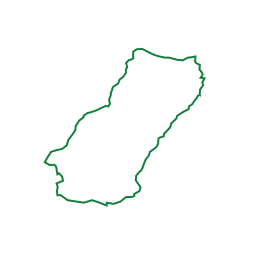 outline of Amargeti, Paphos, Cyprus, rotated 234°
{"feature_id": "46923920B2584944489966", "entity_name": "Amargeti", "entity_type": "district", "adm_level": 2, "iso_a3": "CYP", "parent_name": "Cyprus", "parent_adm1": "Paphos", "projection": "equal_earth", "projection_center": [32.584, 34.817], "detail": "fine", "context": "isolated", "style": "outline", "palette": "green", "viewbox_px": 256, "rotation_deg": 234, "n_neighbors": 0, "source": "geoboundaries", "source_scale": "gbopen_adm2", "svg_char_len": 1675}
<svg xmlns="http://www.w3.org/2000/svg" viewBox="0 0 256 256"><g transform="rotate(234 128 128)"><path d="M69.3,93.1L70.9,94.2L70.5,97.8L70.3,100.3L72.6,103.2L75.0,103.5L77.6,103.4L81.1,103.6L84.5,106.4L85.6,110.2L85.9,113.2L87.2,116.4L88.7,118.3L92.1,123.8L93.5,128.6L95.8,131.8L95.8,136.4L95.8,139.5L97.5,143.1L101.6,146.4L101.6,148.0L100.3,152.1L102.1,153.6L102.6,156.7L103.7,162.4L106.3,165.8L107.2,172.5L108.9,174.9L108.7,180.5L108.4,183.2L107.6,187.9L109.7,190.3L109.5,194.1L110.7,197.0L111.8,200.9L113.0,203.4L112.6,205.4L112.4,205.5L113.7,206.2L116.9,209.2L118.3,213.8L121.2,214.9L123.2,219.1L126.0,216.3L126.5,218.5L128.0,220.2L131.2,220.4L133.3,220.2L136.8,223.2L140.3,221.3L142.3,221.3L145.5,224.0L146.2,224.6L148.0,220.9L149.8,217.5L150.6,212.0L152.2,210.3L154.0,208.1L160.7,202.7L163.4,199.0L168.2,194.8L171.9,192.1L176.8,189.4L183.7,186.0L186.6,181.3L186.6,180.1L186.7,177.2L183.4,174.4L181.3,173.4L181.5,170.6L182.4,168.9L181.7,164.6L177.6,163.1L176.7,160.8L173.9,158.8L172.3,154.5L172.1,149.8L169.8,146.2L170.0,139.9L168.0,137.3L166.7,134.9L164.7,133.4L163.4,131.4L161.7,129.1L158.3,127.7L157.0,124.9L159.0,122.7L159.8,118.8L160.7,113.3L162.4,107.7L164.0,103.7L164.0,100.7L164.0,99.3L162.7,98.1L162.7,92.8L160.2,86.7L157.1,83.9L155.6,79.8L153.5,72.9L149.9,68.0L149.8,62.3L152.2,57.0L153.9,51.6L150.9,44.1L149.2,40.6L144.2,42.8L141.5,46.8L139.3,47.2L135.1,45.2L132.1,43.7L132.0,45.5L127.5,46.2L123.5,44.4L125.2,37.6L121.9,36.7L118.3,33.1L115.0,31.4L113.4,34.0L105.1,36.7L98.9,42.9L93.5,48.5L91.3,54.8L90.8,56.4L85.2,60.5L80.9,63.2L77.9,65.2L80.0,66.9L75.0,71.9L72.9,78.7L73.3,85.8L69.7,91.0L69.3,93.1Z" fill="none" stroke="#15803d" stroke-width="2"/></g></svg>